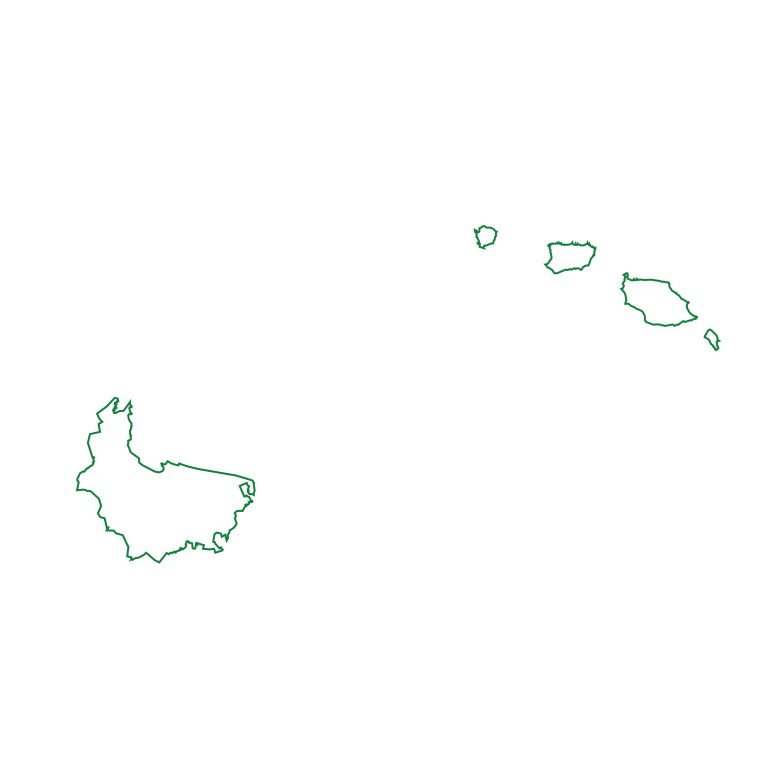 outline of San Blas, Nayarit, Mexico, rotated 156°
{"feature_id": "50627088B60863102587946", "entity_name": "San Blas", "entity_type": "district", "adm_level": 2, "iso_a3": "MEX", "parent_name": "Mexico", "parent_adm1": "Nayarit", "projection": "natural_earth1", "projection_center": [-105.887, 21.55], "detail": "fine", "context": "isolated", "style": "outline", "palette": "green", "viewbox_px": 768, "rotation_deg": 156, "n_neighbors": 0, "source": "geoboundaries", "source_scale": "gbopen_adm2", "svg_char_len": 6092}
<svg xmlns="http://www.w3.org/2000/svg" viewBox="0 0 768 768"><g transform="rotate(156 384 384)"><path d="M707.6,411.8L701.6,409.8L699.7,408.4L698.4,406.8L695.9,405.7L695.3,404.8L691.1,395.1L692.1,387.6L697.9,382.2L697.4,377.9L693.8,374.9L695.8,364.7L693.3,365.4L696.9,363.0L690.4,359.9L689.7,356.8L684.1,352.1L683.9,339.7L683.6,339.4L688.7,331.0L685.6,328.6L686.0,328.4L685.4,327.2L686.4,326.5L685.4,326.5L685.2,325.7L681.6,326.0L679.7,325.3L676.5,325.3L673.1,325.5L669.9,326.6L665.1,316.4L661.9,312.4L651.3,318.0L650.0,316.0L647.8,316.8L646.2,315.6L645.0,316.1L644.2,315.7L643.7,316.1L643.2,315.9L643.1,314.8L642.6,314.8L641.3,315.5L638.8,315.1L638.9,315.5L636.5,316.2L636.5,316.8L635.7,316.4L635.5,315.9L636.0,315.1L634.5,314.8L631.7,315.7L630.3,316.9L630.4,318.3L629.1,319.1L628.8,320.1L627.6,320.5L626.3,319.1L626.6,318.3L624.1,316.5L625.6,311.8L624.7,311.0L623.7,310.4L622.7,311.4L620.7,314.5L620.0,313.3L619.6,314.7L614.1,310.0L615.4,308.4L615.5,307.5L615.8,307.7L616.3,307.0L610.7,303.9L606.3,302.6L606.7,298.5L599.4,297.7L598.8,298.1L598.8,299.0L599.3,299.8L599.5,301.1L601.0,300.7L603.1,306.7L602.8,308.1L604.2,309.3L600.1,315.5L597.4,316.3L595.0,314.7L593.8,313.2L594.3,310.4L590.4,310.9L591.4,305.0L589.2,306.6L588.2,309.7L585.9,311.0L584.5,313.2L582.9,313.1L579.2,314.0L575.5,316.2L574.8,322.0L572.7,324.1L573.0,326.7L570.4,327.7L568.0,327.1L564.8,325.5L562.4,327.5L560.5,328.7L559.9,328.6L559.8,329.9L558.6,330.0L558.4,329.0L556.2,329.4L555.8,330.6L555.6,330.2L555.1,330.6L552.1,330.0L552.0,330.9L553.4,331.8L553.0,332.6L553.1,335.6L554.1,336.3L555.0,338.1L556.2,337.7L557.4,338.1L557.3,349.5L549.7,349.5L549.8,346.8L548.8,345.4L550.8,343.6L551.0,341.9L551.3,341.5L551.7,341.9L551.9,341.4L551.6,341.0L552.2,340.8L551.6,337.9L549.4,337.2L548.1,335.6L547.3,337.4L545.5,339.2L543.8,345.4L543.0,346.4L543.4,347.1L543.1,348.3L543.7,349.7L556.6,360.7L588.4,382.0L597.4,389.0L603.5,394.7L604.8,393.3L606.1,394.0L610.9,398.3L613.0,401.4L616.2,399.6L617.6,400.0L618.9,401.5L619.1,400.7L619.8,401.1L619.7,400.2L620.2,399.8L619.4,398.2L619.8,395.8L621.7,394.6L625.1,394.6L628.9,397.1L637.7,408.1L639.6,411.8L638.0,415.7L642.9,424.1L643.2,426.2L642.8,429.4L643.0,432.3L642.1,433.2L640.7,436.3L638.6,436.1L637.7,436.5L636.9,439.1L636.1,439.6L636.5,441.4L635.8,442.4L635.2,444.6L633.3,445.9L632.6,447.6L631.5,448.3L631.2,450.0L630.6,451.0L631.3,452.8L631.4,456.1L630.5,459.2L629.5,460.1L627.2,459.2L626.6,459.4L626.7,460.3L627.3,460.8L626.7,465.0L626.0,466.1L624.1,465.5L623.5,466.3L624.1,466.8L624.2,469.2L623.4,470.8L632.6,465.5L634.4,465.8L636.1,466.8L641.1,466.7L642.5,467.6L641.9,468.6L642.2,469.5L641.2,469.5L641.7,470.5L641.2,471.1L640.7,471.3L640.2,470.7L639.1,471.3L637.8,470.2L638.4,471.6L638.1,472.0L639.0,472.7L637.7,473.4L637.5,474.4L636.8,474.4L637.2,475.2L638.0,475.3L637.5,476.2L635.3,475.9L635.3,476.7L633.7,476.5L633.2,479.0L635.7,480.8L646.3,476.3L658.2,473.6L658.1,467.6L656.7,464.0L661.0,463.5L662.9,455.8L673.0,457.8L678.5,450.6L680.1,436.2L680.1,434.9L679.0,435.3L678.7,434.8L680.1,434.0L680.4,431.2L681.9,430.7L681.8,429.6L684.0,428.2L685.5,428.6L687.7,427.6L688.2,427.9L689.3,427.3L690.1,427.6L693.4,425.8L693.9,426.3L696.0,426.4L698.1,426.0L702.9,421.8L703.3,421.2L702.8,418.6L707.6,411.8ZM73.7,317.5L72.8,316.7L72.2,317.4L70.9,317.5L70.9,318.0L71.4,318.8L73.0,319.8L75.4,323.8L76.0,326.3L76.2,329.8L75.5,332.7L74.1,334.0L72.8,334.2L72.6,334.9L73.2,334.9L76.5,339.8L77.3,340.4L77.9,341.6L78.3,344.5L80.2,347.4L79.9,348.3L80.8,348.9L82.9,352.2L83.6,356.6L83.4,358.1L82.4,359.6L83.1,361.4L84.0,361.5L87.0,363.9L88.1,364.0L90.1,365.9L97.7,370.7L103.6,373.0L107.8,375.4L109.6,375.7L110.3,377.1L110.7,376.3L112.6,376.8L112.6,377.9L112.9,378.4L114.3,377.4L115.3,377.7L118.6,381.2L118.3,383.0L117.8,383.6L117.4,383.5L117.1,384.2L116.7,385.5L117.0,386.5L120.7,386.3L120.0,384.4L120.2,383.4L121.7,381.9L122.0,380.8L122.7,380.0L125.0,378.8L125.0,376.0L127.1,374.2L128.6,374.4L127.2,369.9L127.2,367.2L128.6,361.9L131.0,359.2L128.0,357.9L126.4,354.7L124.1,352.4L122.8,350.1L120.4,347.8L118.7,345.6L118.2,343.6L118.0,340.2L119.7,336.1L119.2,333.9L113.6,328.5L111.0,327.7L107.5,325.9L106.8,324.9L104.7,323.8L104.1,322.9L95.9,320.9L95.1,319.0L92.1,319.1L91.4,318.4L85.3,319.7L84.7,319.5L84.1,318.3L77.8,317.6L77.3,317.1L73.7,317.5ZM159.0,410.4L157.9,408.4L157.3,408.0L154.6,409.8L151.4,410.0L150.2,409.8L149.4,409.1L148.5,409.5L143.9,414.4L141.2,415.6L140.3,416.6L139.5,416.1L138.0,419.5L136.3,420.9L135.5,422.6L137.0,422.8L137.4,424.7L138.2,424.6L138.9,425.4L139.7,427.0L139.3,427.3L139.9,427.7L139.6,428.8L140.6,428.3L141.1,429.1L140.8,430.2L141.8,429.4L145.3,429.5L147.9,430.7L148.7,432.0L150.2,432.3L150.3,433.2L150.7,432.7L151.8,432.8L152.4,433.2L152.3,433.7L152.7,433.3L153.9,434.0L154.6,435.2L154.4,436.7L155.7,435.9L158.0,436.0L161.9,437.4L162.3,438.0L163.4,438.0L163.9,438.8L165.0,439.1L165.0,440.6L165.9,440.2L166.5,440.6L166.3,441.3L167.1,442.6L168.6,441.7L169.4,442.6L170.6,442.5L173.3,444.0L174.1,443.3L175.1,444.1L175.6,443.6L176.0,444.2L177.3,444.0L177.8,443.3L176.6,442.0L177.7,440.1L177.3,438.6L178.6,436.4L178.4,435.3L179.7,430.8L185.0,427.5L186.9,427.2L188.1,427.6L187.0,423.8L185.7,422.6L183.8,419.2L183.3,415.9L181.0,414.8L171.6,414.6L170.0,413.4L167.3,413.3L166.3,412.2L163.5,412.4L162.8,412.1L162.5,411.3L160.9,411.2L159.0,410.4ZM240.9,470.4L237.5,467.5L237.6,468.7L235.7,469.6L234.5,468.8L229.7,468.9L227.3,468.0L225.1,470.6L224.2,470.8L222.8,473.1L221.4,473.7L220.6,476.0L219.2,477.3L219.8,477.6L221.0,481.1L223.2,483.6L226.8,485.2L227.9,487.3L229.8,488.0L231.0,487.4L233.6,487.4L234.5,485.0L235.5,484.2L236.8,484.4L237.1,486.3L238.3,487.8L238.8,485.5L238.3,483.8L239.0,481.6L239.7,481.1L239.7,480.3L239.2,479.8L239.2,475.6L239.8,475.2L239.4,473.9L240.0,473.4L241.2,474.5L241.3,474.2L240.4,472.8L240.0,473.1L239.6,472.7L240.9,470.4ZM66.7,280.0L64.1,280.5L63.8,282.1L64.0,283.3L62.8,287.4L60.4,287.1L61.2,288.3L60.5,291.2L60.5,293.3L63.1,299.9L64.2,301.3L66.4,300.8L71.5,297.1L72.0,296.3L70.6,294.7L69.1,292.0L69.0,287.6L67.7,284.9L68.0,283.8L67.1,282.9L67.6,281.5L67.3,280.7L66.7,280.6L66.7,280.0Z" fill="none" stroke="#15803d" stroke-width="2"/></g></svg>